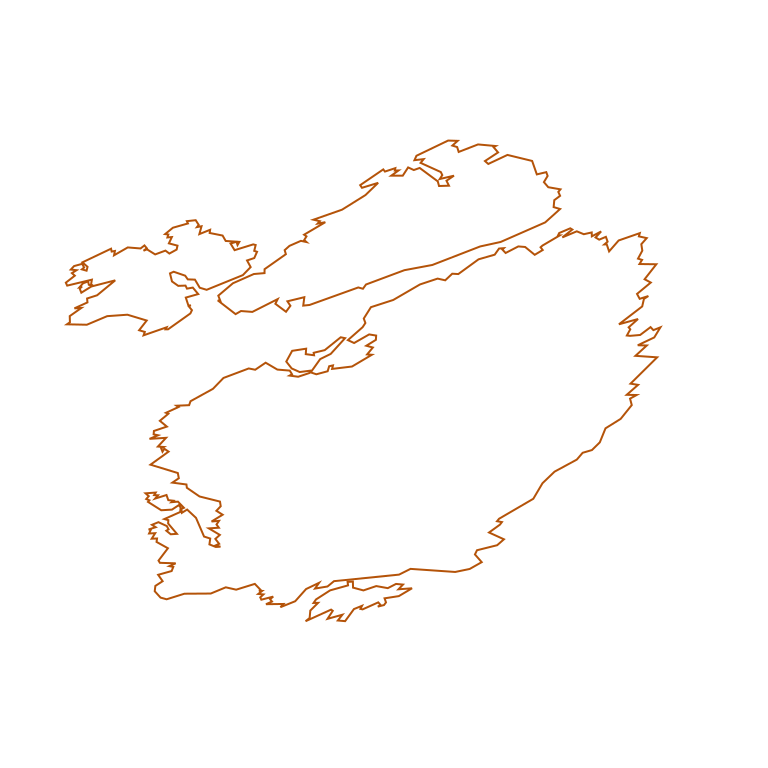 Kristiansund nor, Møre og Romsdal, Norway, rotated 346°
{"feature_id": "86288312B88311782618273", "entity_name": "Kristiansund nor", "entity_type": "district", "adm_level": 2, "iso_a3": "NOR", "parent_name": "Norway", "parent_adm1": "Møre og Romsdal", "projection": "robinson", "projection_center": [7.776, 63.078], "detail": "fine", "context": "isolated", "style": "outline", "palette": "amber", "viewbox_px": 768, "rotation_deg": 346, "n_neighbors": 0, "source": "geoboundaries", "source_scale": "gbopen_adm2", "svg_char_len": 6165}
<svg xmlns="http://www.w3.org/2000/svg" viewBox="0 0 768 768"><g transform="rotate(346 384 384)"><path d="M533.1,281.2L528.4,280.4L522.7,285.3L505.9,285.9L482.7,295.3L476.9,293.5L468.5,298.2L461.5,294.7L443.0,296.1L413.3,304.7L389.9,306.3L380.2,315.6L380.7,320.3L377.0,323.7L359.6,332.7L364.9,337.0L381.6,332.3L388.1,335.1L386.8,339.2L376.1,342.6L382.0,345.9L374.8,351.2L379.3,352.7L357.2,359.3L337.3,356.8L339.0,353.6L335.1,353.5L332.4,358.0L320.7,358.2L315.7,355.0L328.1,344.4L339.6,341.9L357.3,330.1L353.3,328.2L334.7,336.8L323.3,336.7L323.1,339.2L315.3,336.1L317.0,330.9L302.9,329.6L294.6,338.6L298.2,346.6L305.1,352.0L315.4,353.2L314.3,355.3L302.5,356.2L294.4,353.0L297.1,352.3L295.8,348.2L284.0,344.2L274.3,334.7L262.5,339.0L256.5,336.2L229.7,339.3L216.9,347.3L192.1,353.9L189.8,357.4L177.5,354.9L179.1,356.6L165.5,359.2L167.5,360.7L157.6,365.5L163.0,372.8L149.4,373.9L148.3,377.1L152.4,379.1L143.2,380.5L159.5,383.5L149.5,390.0L155.0,391.8L152.2,392.5L152.7,396.1L155.2,393.7L158.6,397.5L137.9,405.8L162.4,420.5L162.1,425.8L154.8,428.5L168.0,433.7L167.6,437.0L177.8,448.5L196.4,458.4L196.0,463.1L190.7,466.5L195.8,471.8L183.4,475.7L190.8,476.9L187.5,479.8L189.0,483.5L179.1,481.7L188.2,490.7L182.9,493.5L185.4,499.2L181.5,499.9L186.0,502.3L181.3,501.4L175.8,497.4L178.0,491.9L172.5,488.5L169.2,468.4L162.6,458.2L156.7,460.1L157.2,456.1L159.9,455.7L155.6,448.3L149.4,447.3L151.4,446.3L146.6,444.5L146.1,439.1L134.2,439.8L137.8,437.3L134.1,436.2L136.2,434.1L126.2,432.4L128.6,435.9L125.5,438.1L128.2,440.1L126.5,441.3L137.3,452.6L147.9,454.6L155.5,451.9L156.8,454.6L155.3,458.9L138.2,461.9L141.8,463.9L140.8,467.1L146.8,479.3L140.7,478.2L137.3,473.7L139.8,472.9L138.9,469.3L131.7,463.5L124.8,464.5L127.8,467.7L120.4,468.2L122.5,469.0L119.9,472.2L125.9,473.4L121.2,477.9L126.4,479.0L125.1,482.2L134.6,491.1L122.5,500.8L123.3,503.3L138.5,507.6L131.7,508.8L135.3,510.5L132.7,514.1L118.7,514.5L121.5,521.8L113.3,524.6L111.4,529.6L115.5,537.2L121.0,540.3L139.6,539.2L165.2,545.4L181.3,543.0L190.8,547.8L210.3,546.7L214.6,554.2L212.6,554.4L215.7,555.3L211.2,557.3L216.1,559.0L212.3,561.1L212.8,563.6L225.1,563.5L221.4,565.2L222.7,568.0L216.2,569.1L233.2,573.1L229.5,575.5L245.3,573.3L258.8,564.1L272.9,561.2L267.6,565.8L280.2,566.8L287.8,563.2L352.5,572.6L365.0,569.8L407.6,583.6L422.4,584.2L435.7,580.5L431.0,571.4L434.0,567.8L454.8,567.8L462.8,563.7L450.0,553.5L462.5,548.5L465.0,546.5L460.5,544.5L463.0,542.6L501.1,531.5L513.8,518.6L528.3,510.3L552.8,504.0L560.1,498.8L569.8,498.4L579.3,492.8L588.2,480.6L605.2,475.1L619.3,464.4L619.2,457.7L626.4,455.8L616.9,453.2L630.3,446.3L623.3,443.3L655.5,424.2L634.8,417.5L648.3,410.2L639.6,407.8L657.5,404.2L665.9,395.9L658.4,396.9L656.4,393.3L644.4,398.4L634.4,396.8L631.4,395.7L636.2,390.5L635.1,388.2L646.2,382.4L626.4,382.9L653.3,371.2L656.8,364.3L661.8,362.6L652.7,363.2L651.3,357.8L667.4,350.1L662.2,345.4L677.2,333.7L660.9,329.4L664.4,326.0L660.8,323.8L666.9,317.1L667.5,310.6L674.2,306.0L667.0,302.4L668.7,299.5L646.4,301.5L634.5,309.8L633.9,302.4L631.6,301.9L635.4,300.0L634.9,294.9L627.7,296.0L624.7,293.0L631.6,288.5L621.4,291.0L622.2,287.2L614.1,287.0L608.0,282.5L592.5,284.9L604.1,279.7L602.4,278.0L590.5,279.9L588.9,281.8L590.6,282.3L571.3,288.0L569.0,289.2L570.4,292.4L561.5,295.1L554.1,285.2L547.6,283.0L533.7,286.3L531.4,282.2L533.1,281.2ZM505.1,163.3L470.7,170.4L467.7,174.2L476.9,175.4L473.0,178.3L490.4,192.1L491.1,195.4L487.7,198.6L502.3,198.8L493.8,201.9L495.0,207.3L485.3,205.2L485.2,200.4L470.9,183.0L464.7,183.6L459.8,179.7L452.6,186.4L441.5,183.6L449.8,180.3L446.1,179.5L447.2,177.3L436.3,178.1L435.2,175.6L409.0,185.3L410.1,188.3L427.0,187.4L411.7,196.2L385.5,204.7L355.3,207.5L361.1,210.5L358.4,212.3L366.2,212.8L342.6,219.8L344.5,222.0L341.4,225.0L343.1,227.5L338.0,225.0L325.7,227.1L320.0,230.1L320.2,234.3L295.9,243.7L294.9,247.5L284.3,245.8L261.8,249.7L244.6,258.2L245.3,263.8L242.9,262.6L256.9,280.3L262.9,278.6L273.7,282.2L301.4,275.9L298.0,279.9L306.4,290.2L312.1,285.5L310.3,280.4L327.7,280.5L324.6,288.4L330.9,289.3L382.4,284.1L386.6,286.5L390.6,283.1L431.3,278.5L459.7,280.2L510.6,273.8L531.5,274.4L579.5,266.2L597.2,256.8L591.4,253.4L593.7,246.8L600.4,244.0L599.6,239.8L602.3,237.8L591.0,232.8L588.0,226.8L593.1,221.7L592.7,217.7L583.0,217.6L581.7,203.4L559.2,191.6L538.4,195.7L535.9,192.1L550.7,186.9L547.6,180.7L549.9,180.1L533.2,174.3L512.6,176.9L512.3,171.8L508.0,169.2L514.3,165.9L505.1,163.3ZM240.9,179.5L232.1,178.3L232.6,180.8L217.0,181.3L207.9,185.6L210.9,186.8L209.3,189.4L213.7,190.1L209.3,195.5L217.1,199.8L215.3,203.4L207.3,205.5L204.2,201.7L193.3,202.9L186.6,196.0L182.9,196.5L186.7,194.9L185.1,191.6L180.6,193.6L168.4,189.5L153.2,193.8L155.1,189.8L151.8,189.6L151.9,186.7L120.8,193.0L124.7,198.6L122.8,202.1L118.6,199.7L121.2,198.4L120.2,194.4L111.8,194.6L107.8,197.2L113.2,199.2L108.0,200.9L110.2,204.1L99.8,208.7L100.4,211.9L125.8,212.1L123.9,216.4L125.7,218.5L121.6,216.3L121.7,212.9L116.3,213.5L112.1,216.4L114.6,216.4L111.8,217.8L112.4,222.2L123.6,218.6L148.3,218.4L127.1,228.5L116.6,229.2L116.0,233.1L101.9,235.7L108.7,237.0L95.5,242.1L94.2,248.1L90.8,249.4L110.0,254.6L131.8,251.2L151.8,254.7L169.1,265.0L159.4,272.6L164.5,275.6L162.5,278.6L186.8,276.4L185.3,278.1L187.7,278.7L213.2,268.7L215.5,265.9L213.4,261.5L215.6,260.8L213.2,260.7L212.6,252.2L225.5,251.8L221.8,244.2L215.9,243.8L215.2,240.5L208.1,239.0L203.1,233.2L203.1,224.9L207.1,224.2L217.3,230.8L218.9,235.0L225.8,237.0L228.5,246.0L234.7,249.7L273.4,244.2L282.9,238.3L281.0,231.0L288.6,230.4L292.8,225.0L290.3,223.4L293.1,218.1L290.9,216.9L271.4,218.0L269.1,210.6L275.3,210.3L275.5,213.7L278.0,211.1L265.0,206.9L263.3,200.9L251.4,195.3L252.6,192.3L241.1,193.9L245.1,186.8L240.5,186.5L242.7,184.8L240.9,179.5ZM304.7,574.1L306.0,568.2L300.8,567.2L300.4,570.7L281.8,571.2L265.9,576.6L262.7,579.4L267.1,580.4L257.7,586.0L255.2,593.1L250.5,595.2L278.1,590.1L279.4,591.7L272.4,598.2L287.8,597.8L282.0,602.3L288.9,604.7L300.4,595.1L309.0,593.9L306.7,596.5L308.7,597.5L325.6,594.5L327.2,597.6L324.1,598.5L330.5,598.5L333.1,596.4L332.7,592.1L347.1,593.4L361.8,589.0L348.4,586.7L353.9,583.2L347.3,580.9L338.3,583.0L327.6,578.2L314.1,579.3L304.7,574.1Z" fill="none" stroke="#b45309" stroke-width="2"/></g></svg>